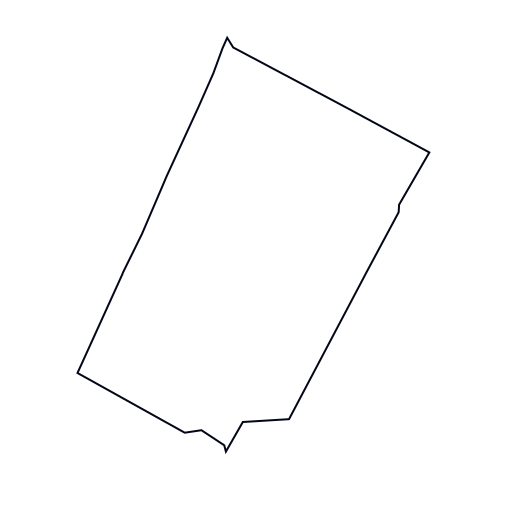 outline of Macon, Tennessee, United States of America, rotated 291°
{"feature_id": "52423323B15880220310778", "entity_name": "Macon", "entity_type": "district", "adm_level": 2, "iso_a3": "USA", "parent_name": "United States of America", "parent_adm1": "Tennessee", "projection": "mercator", "projection_center": [-86.02, 36.526], "detail": "fine", "context": "isolated", "style": "outline", "palette": "ink", "viewbox_px": 512, "rotation_deg": 291, "n_neighbors": 0, "source": "geoboundaries", "source_scale": "gbopen_adm2", "svg_char_len": 481}
<svg xmlns="http://www.w3.org/2000/svg" viewBox="0 0 512 512"><g transform="rotate(291 256 256)"><path d="M82.8,131.3L65.5,252.8L73.8,267.5L67.9,294.2L62.6,298.0L96.3,303.2L115.5,345.3L282.1,365.2L348.0,373.5L355.2,371.2L414.8,380.7L427.2,284.9L442.5,160.0L449.4,150.9L438.1,150.3L411.1,150.7L374.4,148.9L298.7,144.0L284.7,143.5L234.7,141.6L234.3,141.5L229.8,141.1L192.5,137.7L191.4,137.8L89.7,131.7L83.3,131.3L82.8,131.3Z" fill="none" stroke="#020617" stroke-width="2"/></g></svg>